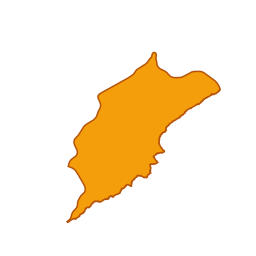 outline of Las Terrenas, Samaná, Dominican Republic, rotated 150°
{"feature_id": "3306468B40985088538713", "entity_name": "Las Terrenas", "entity_type": "district", "adm_level": 2, "iso_a3": "DOM", "parent_name": "Dominican Republic", "parent_adm1": "Samaná", "projection": "natural_earth1", "projection_center": [-69.552, 19.282], "detail": "fine", "context": "isolated", "style": "filled", "palette": "amber", "viewbox_px": 256, "rotation_deg": 150, "n_neighbors": 0, "source": "geoboundaries", "source_scale": "gbopen_adm2", "svg_char_len": 5646}
<svg xmlns="http://www.w3.org/2000/svg" viewBox="0 0 256 256"><g transform="rotate(150 128 128)"><path d="M199.0,124.6L196.9,122.1L195.6,120.1L195.0,118.5L194.7,116.8L194.5,113.2L194.5,101.4L194.7,98.8L195.5,96.5L196.8,94.9L197.9,94.1L203.1,92.7L207.4,90.1L208.7,88.9L210.5,86.3L211.9,85.0L213.1,84.4L217.0,83.2L218.2,82.6L220.1,81.2L222.3,78.9L223.4,78.3L224.7,77.8L227.7,77.4L227.7,77.0L227.2,76.7L227.2,76.4L225.5,76.4L225.5,76.7L220.1,76.7L220.1,76.4L219.8,76.4L219.5,75.7L219.0,75.7L219.0,75.4L217.9,75.4L217.9,75.7L214.4,75.7L214.4,76.1L213.8,76.1L213.5,76.7L212.4,76.7L212.4,77.0L210.8,77.0L210.8,76.7L209.4,76.7L209.4,77.0L208.6,77.0L208.6,77.4L207.5,77.4L207.5,77.7L207.0,77.7L206.7,78.3L205.6,78.6L205.6,79.0L205.1,79.0L205.1,79.3L204.5,79.3L204.5,79.6L202.6,79.6L202.6,79.3L202.1,79.3L202.1,79.0L201.5,79.0L201.5,78.6L201.0,78.6L201.0,79.0L199.4,79.0L199.4,79.3L198.3,79.6L198.0,80.3L196.4,80.3L196.4,80.6L195.5,80.6L195.5,80.9L194.5,80.9L194.5,81.2L193.6,81.2L193.6,80.9L192.8,80.9L192.8,80.6L192.3,80.6L192.3,80.3L191.2,79.9L191.2,79.6L190.6,79.6L190.4,79.0L190.1,79.0L190.1,78.6L189.5,78.6L189.3,78.0L188.7,78.0L188.7,77.7L186.0,77.7L186.0,78.0L183.8,78.0L183.8,77.7L182.7,77.7L182.7,77.4L181.9,77.4L181.9,77.0L181.4,77.0L181.1,76.4L180.5,76.4L180.5,76.7L180.0,76.7L180.0,77.0L179.5,77.0L179.5,77.4L178.4,77.4L178.4,77.7L177.6,77.7L177.6,78.0L177.3,78.0L177.3,77.7L176.7,77.7L176.7,77.4L176.2,77.0L176.2,76.7L175.9,76.7L175.9,76.1L175.4,76.1L175.4,75.7L175.1,75.7L175.1,76.1L174.3,76.1L174.3,76.4L171.8,76.4L171.8,76.1L169.6,76.1L169.6,75.7L167.7,75.7L167.7,76.1L166.9,76.1L166.6,76.7L166.1,76.7L165.8,77.4L165.0,77.4L164.7,78.0L164.2,78.0L164.2,78.3L163.6,78.3L163.6,78.6L162.6,78.3L162.6,78.0L161.5,78.0L161.5,78.3L160.4,78.3L160.4,78.6L159.3,78.6L159.3,79.0L158.5,79.0L158.5,79.3L156.8,79.3L156.8,79.0L156.3,79.0L156.3,78.6L155.7,78.3L155.5,77.7L155.2,77.7L154.9,76.4L154.4,76.1L154.4,76.4L153.8,76.4L153.6,77.0L153.0,77.4L153.0,78.0L152.5,78.0L152.5,78.6L151.9,79.0L151.9,79.3L151.4,79.3L151.4,79.6L150.8,79.6L150.6,80.3L148.7,80.3L148.7,80.6L147.8,80.6L147.8,80.9L147.3,80.9L147.3,81.2L144.8,81.2L144.8,81.6L144.3,81.6L144.3,81.9L143.2,81.9L143.2,81.6L142.4,81.6L142.4,81.2L141.8,80.9L141.8,80.6L141.3,80.6L141.3,80.3L140.7,80.3L140.7,79.9L140.2,79.3L139.7,79.0L139.4,77.7L139.1,77.7L138.8,77.0L138.3,77.0L138.3,76.7L137.2,76.4L136.9,75.7L136.4,75.7L136.4,76.1L135.8,76.1L135.6,76.7L134.8,76.7L134.5,77.4L132.6,77.4L132.6,77.7L130.9,77.7L131.2,78.3L130.7,78.6L130.7,79.3L130.4,79.3L130.4,79.9L130.1,79.9L130.1,80.3L129.6,80.3L129.6,80.6L129.3,80.6L129.0,81.2L128.5,81.6L128.2,82.8L127.9,82.8L127.9,84.1L127.4,84.5L127.4,85.1L127.1,85.1L127.1,85.4L126.6,85.4L126.6,85.1L125.7,85.1L125.7,84.8L125.2,84.8L125.2,84.5L124.1,84.5L124.1,84.1L123.6,84.1L123.3,83.5L121.7,83.5L121.7,83.2L119.5,83.2L119.5,84.8L119.8,84.8L119.8,85.4L120.0,85.4L120.0,89.3L120.3,89.3L120.3,90.3L120.0,90.3L120.0,90.6L119.5,90.6L119.5,90.9L116.8,90.9L116.8,91.2L116.2,91.2L116.2,91.6L115.4,91.6L115.4,91.2L114.3,91.2L114.3,90.9L113.8,90.9L113.8,90.6L112.1,90.6L111.8,89.9L111.3,89.9L111.3,89.6L110.5,89.6L110.5,89.3L108.3,89.3L108.3,90.3L108.0,90.3L108.0,90.6L108.6,90.9L108.6,91.2L108.8,91.2L108.8,93.8L109.1,93.8L109.1,98.0L108.8,98.0L108.8,99.3L108.6,99.3L108.6,99.9L108.3,99.9L108.0,100.6L107.8,100.6L107.8,101.2L107.2,101.5L106.9,102.2L106.7,102.2L106.7,102.5L106.4,102.5L106.4,103.2L105.8,103.5L105.8,103.8L105.3,103.8L105.0,104.4L104.5,104.4L104.5,104.8L103.9,104.8L103.7,105.4L103.1,105.4L103.1,105.7L102.0,105.7L102.0,106.1L101.2,106.1L101.2,106.4L100.4,106.4L100.4,106.7L99.0,106.7L99.0,106.4L98.2,106.4L98.2,106.1L97.7,106.1L97.7,106.4L97.1,106.4L97.1,106.7L96.6,106.7L96.6,107.0L96.0,107.0L96.0,107.7L95.5,108.0L95.5,108.6L95.2,108.6L94.9,109.3L94.4,109.3L94.4,109.6L93.3,109.6L93.3,109.9L91.7,109.9L91.7,110.3L90.6,110.3L90.6,110.6L90.0,110.6L90.0,110.9L86.8,110.9L86.8,111.2L85.9,111.2L85.9,111.5L84.0,111.5L84.0,111.2L81.9,111.2L81.9,111.5L79.9,111.5L79.9,111.2L78.0,111.2L78.0,111.5L77.2,111.5L77.2,111.9L76.7,111.9L76.7,112.2L75.6,112.2L75.6,111.9L73.9,111.9L73.9,112.2L73.1,112.2L73.1,112.5L71.2,112.5L71.0,113.2L70.4,113.2L70.4,113.5L69.0,113.5L69.0,113.8L68.2,113.8L68.2,114.1L64.4,114.1L64.1,113.5L63.6,113.5L63.6,113.8L57.0,113.8L57.0,114.1L56.5,114.1L56.5,113.8L55.7,113.8L55.4,113.2L54.3,113.2L54.3,113.5L52.4,113.5L52.4,113.8L51.6,113.8L51.6,114.1L50.0,114.1L50.0,114.4L49.1,114.4L49.1,114.8L47.8,114.8L47.8,115.1L45.9,115.1L45.9,114.8L44.8,114.8L44.8,115.1L44.2,115.1L44.2,114.8L43.7,114.8L43.7,115.1L43.4,115.1L43.4,114.8L40.4,114.8L40.4,115.1L39.6,115.1L39.6,114.8L38.2,114.8L38.2,115.1L38.0,114.8L37.4,114.8L37.4,114.4L36.3,114.4L36.3,114.1L34.7,114.1L34.7,113.8L34.4,113.8L34.4,114.1L32.2,114.1L32.2,114.4L30.6,114.4L30.6,114.8L29.8,114.8L29.8,115.1L29.2,115.1L29.2,115.4L28.9,115.4L28.5,117.0L28.3,119.3L28.4,122.5L29.1,125.5L34.6,137.9L35.8,139.6L37.3,141.0L41.9,143.6L44.5,144.6L53.6,144.9L56.6,145.3L57.9,145.8L63.1,148.7L64.9,150.6L65.6,151.9L66.8,157.0L67.4,158.4L70.7,163.4L71.4,165.6L71.4,167.8L69.9,171.5L69.1,174.4L67.4,176.3L66.6,178.0L66.7,179.3L67.1,180.0L68.3,180.6L69.4,180.3L70.4,179.6L72.1,177.7L74.7,177.0L78.9,175.0L81.2,174.6L90.7,174.2L92.2,173.8L95.7,172.1L98.7,171.5L104.3,171.3L133.5,171.8L135.7,171.7L137.0,171.3L138.2,170.5L138.9,169.2L139.5,163.9L139.9,162.3L140.9,160.5L142.4,159.1L145.2,157.4L149.2,154.0L151.1,152.9L154.2,152.2L161.3,152.1L164.4,151.7L165.8,151.2L174.5,146.6L179.7,145.1L181.2,143.8L182.3,142.0L182.8,139.6L183.3,133.9L183.9,132.5L184.7,131.4L185.7,130.5L186.9,129.8L192.8,129.1L194.3,128.6L196.2,127.4L199.0,124.6Z" fill="#f59e0b" stroke="#b45309" stroke-width="1.5"/></g></svg>